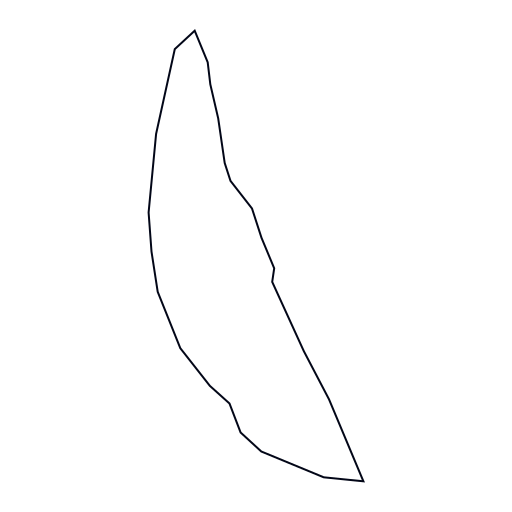 outline of Oneop, Federated States of Micronesia
{"feature_id": "79324940B91828463589431", "entity_name": "Oneop", "entity_type": "district", "adm_level": 2, "iso_a3": "FSM", "parent_name": "Federated States of Micronesia", "parent_adm1": "", "projection": "equal_earth", "projection_center": [153.711, 5.508], "detail": "fine", "context": "isolated", "style": "outline", "palette": "ink", "viewbox_px": 512, "rotation_deg": 0, "n_neighbors": 0, "source": "geoboundaries", "source_scale": "gbopen_adm2", "svg_char_len": 423}
<svg xmlns="http://www.w3.org/2000/svg" viewBox="0 0 512 512"><path d="M157.7,291.8L180.3,348.2L209.9,385.9L229.5,403.5L240.6,432.5L261.3,451.5L323.7,477.3L363.4,481.3L329.0,399.3L303.8,351.1L272.2,281.9L274.2,268.3L261.5,237.8L252.0,208.5L230.5,180.9L224.7,163.0L218.2,118.4L210.3,84.3L207.7,62.3L194.7,30.7L174.8,49.1L156.1,133.9L148.6,212.5L151.5,251.6L157.7,291.8Z" fill="none" stroke="#020617" stroke-width="2"/></svg>